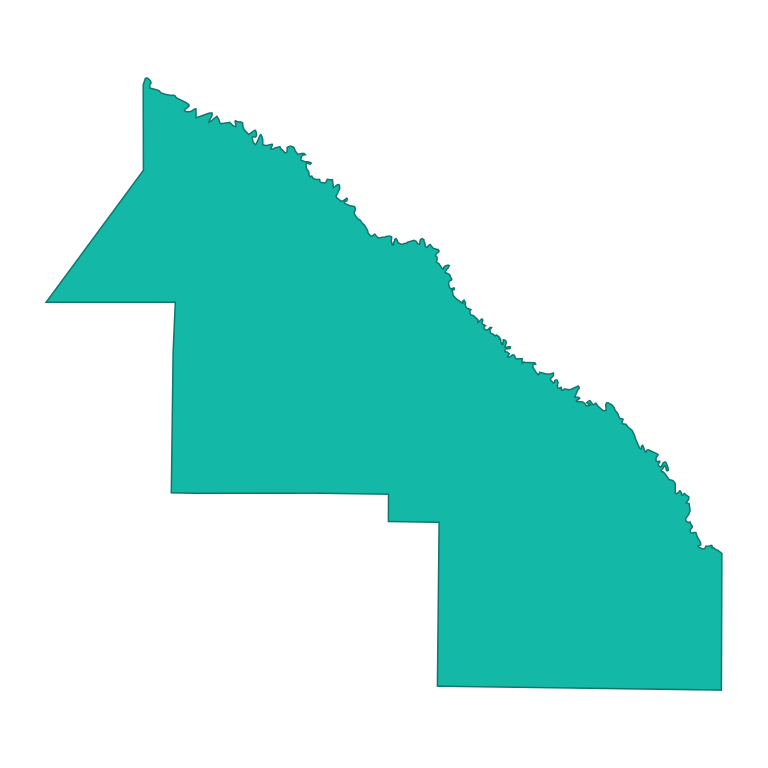 General Güemes, Chaco, Argentina
{"feature_id": "61730980B25522786884862", "entity_name": "General Güemes", "entity_type": "district", "adm_level": 2, "iso_a3": "ARG", "parent_name": "Argentina", "parent_adm1": "Chaco", "projection": "robinson", "projection_center": [-61.125, -25.104], "detail": "fine", "context": "isolated", "style": "filled", "palette": "teal", "viewbox_px": 768, "rotation_deg": 0, "n_neighbors": 0, "source": "geoboundaries", "source_scale": "gbopen_adm2", "svg_char_len": 6115}
<svg xmlns="http://www.w3.org/2000/svg" viewBox="0 0 768 768"><path d="M721.4,690.1L721.9,553.5L718.1,550.5L715.0,549.1L713.6,547.8L712.1,548.0L711.8,547.3L712.3,546.1L711.8,545.5L710.8,545.4L708.5,546.3L706.0,546.1L704.6,548.7L702.9,549.0L698.7,547.2L697.9,546.0L699.9,545.4L700.7,544.6L700.7,543.1L696.7,535.6L696.2,533.0L695.3,532.5L693.8,532.5L692.8,533.1L690.8,532.7L690.3,531.7L690.1,529.7L691.8,528.0L692.5,526.3L691.4,525.2L689.9,521.8L688.3,522.7L686.0,521.0L685.7,520.1L685.7,518.5L688.8,514.3L690.1,510.5L689.1,503.6L686.1,502.8L688.7,499.3L688.8,496.8L686.0,495.0L684.7,493.5L683.5,494.0L683.0,495.2L681.9,495.2L681.4,494.3L681.5,492.9L680.3,491.0L679.6,490.8L679.0,492.0L676.8,493.5L676.2,493.6L675.1,492.8L675.4,489.5L675.2,483.8L674.8,482.7L672.9,480.6L669.1,479.5L664.6,473.3L663.0,471.8L661.6,471.6L661.1,470.6L663.3,467.9L664.1,465.8L664.5,465.6L665.8,467.2L666.5,470.6L667.7,470.8L668.4,470.2L667.8,466.9L666.1,462.8L665.4,462.0L664.5,462.0L663.0,463.1L661.4,466.5L660.7,466.9L658.7,466.0L658.3,464.3L659.8,461.9L659.7,461.2L656.7,461.6L656.0,460.8L656.1,457.8L658.1,454.9L657.9,454.3L648.7,449.9L647.2,450.0L646.1,452.0L645.4,452.1L642.7,445.3L641.4,446.4L641.5,448.6L641.1,449.1L639.6,448.1L635.3,438.4L634.8,436.1L632.1,430.4L628.3,427.3L625.9,424.2L623.1,424.0L622.2,423.3L622.0,422.2L623.1,419.3L621.8,418.6L620.1,418.5L619.1,417.5L617.8,413.6L614.8,409.9L614.4,408.0L612.0,405.0L608.3,402.9L606.8,402.8L605.7,404.4L606.2,410.3L605.7,410.7L602.9,410.5L597.8,406.0L595.9,403.1L593.6,404.8L593.0,404.6L590.1,400.8L589.4,400.6L586.7,402.6L588.3,404.1L590.1,404.0L590.7,405.0L587.4,406.0L586.4,405.8L584.7,403.4L582.5,401.9L576.8,401.5L576.4,400.6L579.6,398.5L579.4,397.7L578.9,397.5L576.7,397.1L575.2,397.4L574.8,397.1L577.7,390.0L579.1,388.4L579.1,387.0L578.2,386.0L570.6,389.5L568.8,389.7L564.5,388.9L562.8,390.1L561.8,390.3L561.3,389.4L561.5,388.1L560.9,387.3L559.6,388.3L558.2,387.9L557.5,387.1L557.4,385.4L558.1,382.8L557.0,380.1L555.9,379.9L554.7,380.7L554.5,382.4L553.9,382.9L553.1,382.7L550.4,379.8L550.4,378.9L553.4,375.7L553.6,373.7L553.3,373.0L549.9,374.1L546.2,374.0L539.7,372.2L538.9,374.3L538.3,374.8L536.2,372.6L533.4,368.1L532.6,365.8L532.9,365.0L533.9,364.4L535.6,364.1L534.7,362.7L525.5,362.5L523.9,362.0L522.4,363.2L521.9,363.0L522.2,358.6L516.6,358.9L515.6,358.4L514.3,355.2L512.6,354.8L509.6,357.0L508.3,357.1L507.5,356.6L509.3,353.8L507.1,352.0L505.0,351.7L505.0,350.1L506.2,348.7L509.5,348.7L510.3,347.9L510.4,346.8L508.7,346.7L505.8,347.4L504.7,346.9L506.2,343.5L506.2,342.2L505.7,340.7L503.8,339.7L503.3,339.8L503.3,341.4L502.7,342.8L503.0,344.2L501.9,344.5L500.9,342.5L500.6,339.2L499.4,339.2L499.8,338.0L499.3,337.2L497.1,335.3L496.3,335.0L495.2,336.0L492.3,333.6L491.1,333.5L490.5,332.9L489.8,329.9L491.5,327.6L490.1,327.4L488.2,329.5L486.9,330.0L485.7,329.9L484.2,328.9L484.0,327.9L484.3,326.6L485.5,325.6L482.8,324.3L482.1,323.5L482.0,322.5L482.8,320.3L482.5,319.3L481.8,319.0L478.0,322.4L477.8,319.7L473.3,315.5L471.4,315.2L470.6,314.5L469.6,311.7L470.9,309.6L467.6,308.4L465.9,307.2L465.3,304.7L465.6,302.9L464.0,300.1L462.6,301.3L463.0,303.0L462.2,303.1L456.2,298.7L453.1,295.4L452.7,292.3L451.8,290.4L452.4,289.9L454.1,289.8L454.4,288.2L453.2,287.9L452.6,288.6L450.6,288.7L449.4,287.2L448.6,283.9L448.8,282.0L450.0,280.5L451.3,280.3L451.8,279.2L450.5,277.1L449.7,274.7L446.4,272.9L445.6,273.1L445.1,272.7L446.3,269.7L447.9,268.3L449.3,265.6L448.1,265.1L445.2,265.9L443.8,267.3L443.6,269.0L442.6,269.0L438.9,263.7L436.3,262.0L437.0,260.2L437.2,258.0L436.8,256.9L435.6,255.9L435.6,255.2L436.8,253.3L438.8,251.9L439.0,250.7L437.9,249.4L436.8,249.7L435.9,249.0L433.4,248.5L430.1,244.5L429.0,245.1L427.1,247.4L426.5,247.5L425.2,245.8L424.8,242.7L423.9,241.2L424.0,239.9L422.3,238.6L420.5,239.5L419.9,241.5L419.8,243.8L419.2,244.3L417.5,243.5L416.1,241.3L414.0,240.3L407.1,242.4L407.1,243.0L406.5,243.5L405.0,243.3L401.7,244.5L397.8,242.6L397.6,241.0L396.0,238.5L394.6,239.6L394.6,241.2L393.7,242.1L393.6,244.7L393.0,245.1L392.3,244.7L391.1,240.8L391.6,238.6L391.6,236.7L391.2,236.5L389.2,236.1L386.3,236.4L384.8,237.2L382.3,237.2L379.6,238.0L377.5,237.5L374.7,234.1L372.3,236.1L370.9,235.9L369.3,234.7L368.0,232.9L368.0,231.8L366.9,229.2L364.4,225.1L362.1,223.0L360.0,219.9L359.2,219.8L356.8,217.7L354.7,214.4L354.1,212.7L355.4,209.8L355.2,207.9L354.4,206.6L349.3,205.5L344.8,203.4L344.3,202.7L344.9,201.6L346.9,200.8L347.5,199.0L346.7,198.2L343.3,200.8L341.2,201.2L336.8,197.8L336.0,196.4L339.7,188.7L339.6,186.0L339.0,184.6L337.6,184.6L333.4,187.7L332.4,179.7L329.5,179.8L327.7,179.2L327.0,179.8L325.9,182.4L324.8,183.0L322.9,182.7L320.8,182.4L320.0,181.6L319.6,179.4L315.4,179.5L312.7,177.9L311.8,176.1L309.8,176.6L308.8,174.2L309.0,172.8L308.2,170.8L306.8,169.2L306.0,166.5L306.3,163.6L306.9,163.2L310.2,164.2L311.0,163.6L311.1,162.9L308.9,162.0L304.8,161.6L300.8,160.1L301.1,157.7L302.4,155.2L305.3,154.7L304.0,153.4L301.1,153.5L297.9,154.4L295.3,151.0L294.0,147.7L293.2,147.0L290.6,146.1L288.0,146.9L287.1,147.6L287.1,151.7L286.3,152.5L284.9,152.9L282.4,149.9L281.0,149.2L279.9,146.7L276.1,147.6L272.6,149.1L270.9,149.2L270.8,148.7L272.5,144.7L272.1,144.2L266.3,145.6L262.8,144.8L262.8,139.7L262.0,136.7L260.9,134.7L260.4,134.8L259.4,136.6L256.2,144.0L255.3,144.6L253.0,142.0L252.3,137.7L252.9,136.6L255.4,137.1L256.5,135.9L256.4,132.9L255.5,130.4L254.5,130.4L248.7,134.5L244.0,129.4L242.9,126.5L242.6,122.9L240.7,121.9L237.7,121.9L235.6,120.7L235.0,121.4L236.1,125.5L235.5,126.6L233.3,125.9L229.7,122.4L220.8,123.7L220.0,123.0L218.8,119.5L216.9,116.3L211.0,121.1L209.0,122.2L209.5,120.2L211.7,116.2L212.2,114.5L211.9,112.9L208.8,113.2L196.1,117.8L195.9,108.8L194.1,109.3L191.1,111.4L189.6,111.7L186.4,111.8L184.5,110.7L185.0,109.3L188.3,106.9L189.1,105.8L188.8,104.6L185.9,102.5L176.3,97.8L175.3,96.1L173.7,95.2L171.1,95.4L165.1,94.3L160.8,92.8L159.3,90.9L157.1,89.9L150.1,88.1L149.7,85.1L151.1,82.9L150.5,81.1L148.5,78.8L146.7,77.9L145.3,78.5L143.2,84.9L143.4,170.3L46.1,302.3L175.3,302.3L173.1,352.6L171.3,492.8L196.1,493.3L316.2,493.2L388.5,494.2L388.4,521.5L439.1,522.3L437.4,686.2L721.4,690.1Z" fill="#14b8a6" stroke="#0f766e" stroke-width="1.5"/></svg>